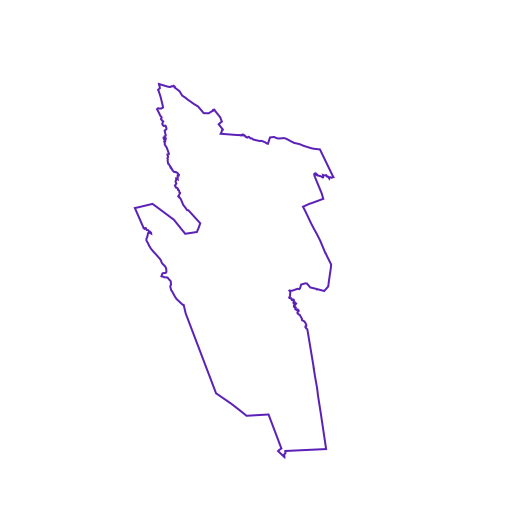 outline of Jaunannas pag., Aluksne, Latvia, rotated 52°
{"feature_id": "27541924B81808948627950", "entity_name": "Jaunannas pag.", "entity_type": "district", "adm_level": 2, "iso_a3": "LVA", "parent_name": "Latvia", "parent_adm1": "Aluksne", "projection": "equal_earth", "projection_center": [27.083, 57.287], "detail": "fine", "context": "isolated", "style": "outline", "palette": "violet", "viewbox_px": 512, "rotation_deg": 52, "n_neighbors": 0, "source": "geoboundaries", "source_scale": "gbopen_adm2", "svg_char_len": 6028}
<svg xmlns="http://www.w3.org/2000/svg" viewBox="0 0 512 512"><g transform="rotate(52 256 256)"><path d="M258.1,346.8L339.6,372.0L357.4,366.4L366.0,364.2L376.1,361.8L388.6,343.7L423.3,354.5L423.1,357.6L423.4,358.1L423.4,358.7L432.0,357.4L431.9,357.3L429.7,355.9L429.5,354.2L427.7,353.0L429.5,350.4L451.3,319.6L419.5,301.6L404.9,293.5L397.7,289.2L386.8,283.4L379.7,279.5L379.8,279.4L345.8,260.9L345.2,260.7L343.2,261.0L342.5,260.9L342.0,260.5L342.4,260.0L342.3,259.7L341.6,259.0L341.0,258.7L338.8,258.2L337.3,258.2L336.1,258.6L335.3,259.1L334.8,259.2L334.0,258.8L333.8,258.5L333.4,258.4L329.4,257.8L329.1,257.9L328.6,258.2L326.8,258.6L326.2,258.3L325.6,256.8L325.7,256.4L325.6,256.2L325.0,255.9L324.2,256.0L323.8,256.1L323.7,256.4L324.1,256.7L324.1,257.1L322.8,257.5L322.3,257.8L321.8,257.7L321.4,257.2L321.4,256.6L321.3,256.4L320.7,256.4L320.2,256.7L320.0,257.1L319.8,257.3L318.9,257.1L318.5,256.7L318.7,255.8L318.7,255.2L318.4,254.7L318.2,253.7L316.7,253.8L316.2,254.0L317.4,254.6L317.8,255.1L317.2,255.4L316.0,255.4L315.7,255.2L314.6,253.7L314.3,253.4L313.8,253.2L313.4,253.2L313.2,253.5L313.0,254.6L312.7,254.9L312.3,254.9L311.2,254.2L310.9,254.3L309.7,255.5L309.2,255.5L308.6,254.0L308.1,253.4L307.2,252.8L305.9,251.4L305.3,251.0L303.8,251.0L303.8,250.8L304.4,250.4L305.6,248.9L306.8,245.4L307.4,243.4L308.7,242.4L308.6,241.3L306.3,238.0L306.3,237.9L308.0,233.8L308.8,233.0L309.1,232.8L314.2,232.6L318.8,228.9L319.9,228.6L320.0,228.0L325.6,223.8L324.5,217.9L319.8,213.1L312.0,204.9L309.5,202.5L308.8,202.0L300.1,200.2L296.7,199.4L296.6,199.6L283.1,195.9L276.5,194.6L270.3,193.6L264.7,192.6L251.3,189.6L246.1,188.6L247.9,181.3L248.5,179.9L251.8,169.5L252.4,167.8L246.8,165.6L229.6,160.8L227.3,159.8L227.3,159.0L228.2,159.0L228.8,158.7L228.6,158.6L229.0,158.2L230.1,158.1L230.1,157.9L229.6,157.7L230.9,157.5L232.7,156.1L233.3,155.7L235.3,155.0L235.3,154.6L234.1,153.9L234.0,153.3L233.7,153.2L234.4,152.8L234.6,152.4L235.2,151.8L235.1,151.7L235.3,151.1L235.5,150.9L236.1,150.8L237.0,151.1L237.4,151.1L237.8,150.8L237.9,150.3L238.0,150.2L239.3,150.3L239.8,150.6L240.1,150.6L239.6,149.9L239.5,149.6L239.5,149.3L239.8,148.8L240.5,148.5L241.0,148.1L241.0,147.6L241.5,146.5L241.4,146.5L211.4,140.0L206.9,144.6L204.8,146.3L198.3,150.8L196.3,151.8L194.4,153.0L190.4,156.3L186.8,158.0L182.6,159.8L181.3,160.6L180.2,161.5L178.0,164.9L176.8,166.5L174.9,167.7L173.8,168.2L173.2,168.7L171.2,172.0L174.9,177.5L173.9,178.2L171.9,178.9L168.7,180.7L167.7,182.3L162.5,186.5L161.8,186.5L160.7,187.0L160.4,187.3L160.3,187.6L159.9,187.9L158.3,188.1L157.6,188.4L157.4,188.6L157.5,189.6L157.3,190.0L157.1,190.2L156.2,190.3L156.0,190.6L155.7,190.8L155.3,190.8L154.6,190.6L154.1,190.8L153.7,191.1L152.8,191.1L152.7,191.4L152.4,191.6L152.7,192.0L152.1,192.2L151.8,192.4L151.8,192.6L152.2,192.9L152.2,193.0L151.5,193.5L151.5,193.8L151.4,194.0L150.5,194.5L149.7,195.7L137.9,208.6L136.9,206.5L135.9,205.3L135.9,205.1L136.1,204.4L135.6,204.2L134.1,204.3L129.2,204.3L129.0,201.0L129.1,200.2L124.7,198.8L116.8,198.9L115.0,198.7L114.5,199.5L114.5,200.1L115.1,200.5L114.8,201.7L114.4,205.4L111.5,209.0L110.8,209.3L107.4,209.4L102.5,209.6L98.1,211.3L91.2,213.4L87.0,214.4L87.0,214.5L84.1,215.4L79.0,214.8L73.0,216.4L72.7,215.8L71.1,216.1L70.7,217.8L70.3,218.0L70.0,219.0L70.1,219.3L69.6,220.1L67.9,221.5L60.7,226.6L61.4,227.0L62.4,227.2L64.6,228.5L64.8,230.9L66.3,231.2L71.8,233.2L79.6,236.7L81.8,237.9L81.8,238.1L81.6,238.3L81.5,239.8L80.4,241.3L79.3,242.2L79.3,243.6L83.8,244.4L86.6,245.1L87.6,244.9L88.4,245.0L89.0,245.3L89.2,245.7L89.3,246.3L89.5,246.5L89.8,246.6L90.8,246.6L92.0,246.4L92.9,246.3L93.1,246.9L93.6,247.7L93.9,248.0L94.1,248.5L94.5,248.7L95.8,248.9L96.5,248.7L96.9,248.5L97.1,247.6L97.5,247.2L98.3,247.2L100.3,248.0L100.6,248.2L100.9,248.6L101.0,249.0L100.9,250.3L101.0,250.8L101.3,251.0L102.5,251.5L103.1,251.9L104.4,252.3L105.2,252.8L105.6,253.2L105.7,253.8L105.4,254.4L105.8,254.8L106.2,255.0L106.7,254.9L107.8,254.6L108.2,255.0L108.0,255.4L107.5,255.7L106.0,256.0L105.9,256.1L106.0,256.2L107.4,256.6L108.6,256.2L108.9,256.3L109.4,256.6L109.7,256.9L109.1,257.5L109.2,257.8L111.3,258.6L111.8,259.1L112.1,259.3L115.4,259.6L116.8,260.0L121.6,261.6L122.1,262.1L121.5,263.3L122.6,263.9L123.8,264.2L124.1,265.0L124.5,265.7L125.5,265.9L126.7,267.1L129.1,268.4L129.5,268.1L132.3,268.4L132.8,268.7L133.9,268.4L134.3,269.0L136.0,268.7L137.0,269.1L139.3,268.8L139.9,268.0L140.2,268.0L140.4,267.5L142.4,266.7L143.2,267.0L144.4,266.7L144.5,267.0L145.1,267.3L144.9,267.7L144.4,267.7L144.3,268.1L144.7,268.6L146.2,269.5L146.1,269.8L146.5,270.2L147.3,270.5L145.8,271.2L147.3,272.5L147.4,273.1L148.1,273.7L149.8,274.1L150.6,276.5L151.2,276.5L151.5,276.8L152.1,276.9L152.4,276.7L153.1,276.9L153.5,276.5L154.5,276.1L155.2,276.3L155.8,276.8L156.5,276.4L156.8,276.3L157.6,276.5L158.4,277.1L159.1,277.2L159.5,277.0L159.8,277.3L161.2,280.6L161.8,280.5L161.6,280.1L165.2,280.3L170.9,281.9L175.1,281.9L177.4,282.1L177.6,282.0L178.3,281.2L178.7,281.1L195.9,279.8L198.4,283.7L200.7,287.8L194.9,298.1L176.5,298.4L176.1,298.6L156.3,304.0L151.2,305.5L145.3,318.5L143.6,321.9L163.9,327.1L164.4,327.4L164.7,327.2L165.1,327.3L165.9,327.1L165.8,326.8L165.7,326.6L166.0,326.4L165.8,326.0L166.0,325.7L168.0,326.1L168.3,326.0L169.3,325.1L170.8,325.1L171.3,324.6L172.1,324.6L172.7,324.4L173.1,324.4L173.8,324.8L172.8,325.2L172.1,325.8L171.5,326.5L171.5,326.8L171.6,327.1L171.9,327.5L173.7,329.5L174.6,331.1L175.1,331.9L176.2,332.7L177.1,333.0L178.7,333.1L180.2,333.4L181.9,333.9L183.7,334.0L185.2,334.3L188.8,334.2L193.5,333.8L199.0,333.5L200.7,333.6L202.9,334.3L204.2,334.5L208.1,334.0L210.2,334.4L210.8,334.6L211.9,335.4L212.9,336.0L213.4,336.4L213.6,337.0L213.7,337.5L213.4,338.2L212.5,339.4L212.2,340.1L212.2,340.5L212.7,341.5L213.8,343.1L214.1,343.0L214.5,342.4L215.2,341.8L216.7,341.1L217.9,339.5L218.5,339.0L221.7,338.9L222.9,338.7L223.8,338.9L224.4,339.5L225.8,340.2L226.2,340.6L227.0,342.1L227.6,342.5L230.6,343.8L231.1,343.9L232.8,344.0L237.6,344.8L240.7,345.1L249.3,343.8L249.7,343.6L250.0,343.1L258.1,346.8Z" fill="none" stroke="#5b21b6" stroke-width="2"/></g></svg>